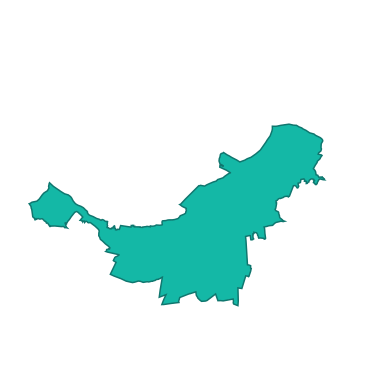 Bozieni, Neamt, Romania, rotated 133°
{"feature_id": "2599482B32381271441221", "entity_name": "Bozieni", "entity_type": "district", "adm_level": 2, "iso_a3": "ROU", "parent_name": "Romania", "parent_adm1": "Neamt", "projection": "robinson", "projection_center": [27.175, 46.823], "detail": "fine", "context": "isolated", "style": "filled", "palette": "teal", "viewbox_px": 384, "rotation_deg": 133, "n_neighbors": 0, "source": "geoboundaries", "source_scale": "gbopen_adm2", "svg_char_len": 6058}
<svg xmlns="http://www.w3.org/2000/svg" viewBox="0 0 384 384"><g transform="rotate(133 192 192)"><path d="M311.6,303.1L312.3,300.0L313.5,298.5L314.1,297.2L318.7,291.6L318.8,290.8L318.6,289.7L319.4,287.8L318.3,287.3L318.0,287.9L317.8,287.9L317.6,287.1L316.3,286.4L315.6,284.8L313.9,283.5L313.7,283.1L313.6,282.6L313.7,281.9L313.6,281.3L313.8,280.7L313.8,280.1L313.3,278.7L313.8,277.9L314.0,277.2L313.4,276.7L313.2,276.1L313.8,274.2L313.5,273.0L314.1,272.8L314.1,272.3L312.8,271.6L312.2,271.0L310.2,268.9L306.3,263.8L305.3,262.9L304.8,262.3L304.8,260.5L304.1,260.1L303.4,258.8L303.3,260.1L302.1,262.3L301.7,262.5L301.3,262.0L301.1,262.0L301.2,262.7L301.0,263.1L301.4,263.3L301.3,263.6L300.7,263.4L299.9,262.5L297.7,262.9L295.9,262.9L292.3,263.5L286.8,263.9L285.1,263.2L284.8,262.7L284.6,261.7L284.5,260.4L284.7,259.8L284.5,258.8L284.8,254.8L289.0,254.5L288.3,253.6L288.4,252.9L287.8,252.4L288.3,251.6L287.9,251.7L287.0,251.3L286.7,251.0L287.3,250.3L287.6,249.7L286.1,249.8L285.4,249.2L285.2,248.0L285.4,247.5L285.1,246.7L283.7,245.5L283.1,239.6L283.1,235.5L283.3,234.5L283.5,233.7L284.0,233.1L285.6,232.1L287.6,230.3L288.0,228.8L289.1,226.7L288.9,224.2L289.0,219.9L288.6,215.9L288.8,214.0L290.0,213.4L290.2,213.6L290.1,214.2L291.3,214.3L291.8,215.0L292.4,215.1L293.5,214.3L294.3,214.5L293.5,212.7L287.8,202.9L287.7,202.6L287.9,202.4L289.8,202.8L291.5,203.6L292.5,203.8L295.8,202.8L295.8,202.4L295.2,199.6L307.9,195.6L306.7,191.9L303.8,184.8L302.1,179.4L298.8,173.7L296.8,172.3L293.7,170.5L292.5,168.8L291.4,166.1L288.2,163.6L287.3,162.3L284.7,160.6L284.1,159.9L283.2,159.6L281.9,158.7L280.2,158.3L278.7,157.0L277.8,156.9L277.3,156.3L275.6,156.1L274.5,155.6L285.1,148.6L291.3,144.2L284.8,141.0L289.9,139.3L294.9,137.3L293.5,135.9L287.4,131.0L281.7,126.2L281.3,126.9L280.7,127.4L277.5,129.0L267.9,124.4L267.9,124.2L262.4,121.1L264.5,118.5L264.8,117.9L265.0,116.7L265.6,115.4L265.7,112.9L265.5,110.5L262.6,107.8L261.1,107.0L250.5,105.2L253.8,98.9L252.0,97.1L250.3,94.9L242.2,88.9L243.6,87.2L244.9,86.3L245.5,85.2L243.8,80.9L240.2,83.8L230.8,93.0L228.6,89.7L216.7,95.5L215.4,93.6L215.5,93.0L215.0,92.8L210.1,95.0L207.6,96.5L207.9,97.0L205.9,98.9L206.6,100.6L207.4,101.8L190.9,119.2L188.0,122.5L184.7,120.3L184.2,119.6L186.8,116.4L186.1,115.5L185.1,115.0L184.5,115.3L184.2,115.1L184.0,115.9L182.1,118.1L181.7,118.0L181.1,118.9L180.1,118.4L179.3,119.3L177.8,117.0L178.3,115.1L178.9,114.5L179.2,113.3L179.8,112.6L180.2,111.7L179.1,110.8L176.9,107.9L176.9,107.5L177.2,107.0L176.2,106.4L175.7,106.6L172.6,110.4L169.4,113.8L168.4,115.4L166.1,113.8L164.3,112.8L161.4,110.3L158.6,110.2L157.0,109.8L152.7,107.0L151.4,105.1L150.2,104.3L150.8,105.7L150.7,106.9L150.9,110.2L150.6,110.8L149.6,112.0L148.8,113.6L147.8,114.8L147.7,115.6L148.4,117.6L148.2,119.2L148.0,119.4L146.7,119.7L143.0,122.1L142.3,122.8L142.6,123.0L141.1,124.5L140.0,124.0L138.0,124.1L137.1,123.7L136.6,123.0L133.9,121.6L132.1,121.2L129.8,119.1L129.7,118.8L130.0,118.3L129.9,118.1L129.0,118.1L128.6,117.9L118.2,122.1L117.1,121.1L116.8,120.1L117.3,118.0L117.1,117.6L116.7,117.4L115.0,117.9L114.1,119.5L113.2,120.4L111.9,119.5L111.1,119.2L108.6,120.9L106.1,119.1L106.5,118.4L106.3,117.8L106.4,117.6L107.4,117.1L106.3,115.7L107.9,114.2L107.1,113.6L105.5,113.8L105.0,113.4L103.5,114.2L101.4,113.8L100.8,113.4L99.8,111.8L100.4,111.3L99.9,110.5L100.0,110.2L100.3,110.0L101.2,110.1L102.3,109.6L102.0,108.7L102.3,108.0L102.1,107.3L102.3,106.8L102.0,106.3L100.6,106.2L99.6,106.8L96.4,107.6L95.6,107.5L95.1,107.2L93.6,104.5L92.7,103.4L92.7,103.9L92.2,104.2L92.3,105.0L92.2,105.9L92.6,106.7L92.2,107.0L94.7,109.4L94.5,110.0L94.0,111.5L94.8,112.9L92.8,115.6L92.3,117.1L92.2,119.1L88.4,120.1L85.2,120.6L84.1,121.3L80.5,121.0L78.6,121.6L76.6,121.8L76.6,122.5L78.3,125.5L77.0,126.1L74.2,125.7L73.5,126.0L72.2,126.7L71.9,127.5L71.1,128.3L68.8,130.2L67.9,130.6L65.9,131.0L65.0,131.7L64.6,133.5L64.8,135.4L66.3,140.3L66.4,142.3L68.5,146.3L69.2,150.8L70.1,153.6L70.3,155.5L71.4,158.2L72.0,161.1L73.8,163.2L76.2,167.3L82.8,172.6L85.3,174.3L86.8,175.5L89.1,178.1L91.1,176.2L92.9,175.1L97.7,173.1L102.5,172.5L105.4,171.9L114.8,170.6L120.6,171.3L126.3,172.5L130.0,174.3L132.7,175.1L137.4,177.5L138.1,181.1L139.6,186.4L140.4,190.3L140.7,190.7L141.6,195.9L142.6,196.0L143.8,196.8L144.7,196.9L145.2,196.8L147.4,195.4L148.8,194.9L150.6,193.6L151.2,192.9L152.4,190.5L151.9,189.1L151.5,187.0L151.7,186.8L152.1,186.9L152.5,188.5L153.5,189.7L154.9,188.6L152.6,181.7L151.7,177.1L151.8,177.0L153.6,177.8L158.4,178.8L160.5,179.0L165.4,181.7L167.4,181.7L170.4,183.4L174.3,185.1L176.7,186.1L179.1,186.8L181.3,190.3L182.2,190.7L182.7,191.3L201.7,192.0L208.8,192.0L209.5,192.4L209.2,189.3L207.9,185.0L208.9,184.4L209.6,183.3L210.8,183.0L211.6,182.4L212.2,182.3L213.7,182.7L217.4,184.4L218.6,184.1L220.9,184.1L223.8,185.8L225.7,187.3L228.7,190.4L230.8,191.7L233.1,193.8L233.4,193.9L234.0,193.7L234.8,193.1L236.1,191.5L236.6,191.5L238.2,192.8L240.5,195.6L242.1,196.1L243.2,196.9L244.3,197.9L245.2,199.3L245.9,198.8L247.9,201.6L248.3,201.7L251.3,204.2L251.6,204.0L253.2,205.9L252.9,206.1L256.7,210.3L256.2,210.6L257.1,211.5L256.3,212.0L256.8,212.6L257.0,212.4L257.9,213.6L259.3,212.7L265.2,221.3L268.9,219.6L270.3,221.3L270.9,221.1L271.2,221.3L271.8,222.2L270.9,223.3L271.1,223.6L270.6,224.5L271.0,224.5L270.2,225.3L269.9,225.1L269.7,225.3L269.7,225.7L271.0,225.9L271.5,225.4L272.1,225.4L272.9,226.1L273.4,225.7L274.3,226.2L274.5,227.0L275.0,227.2L275.2,228.0L275.2,228.8L275.9,229.7L275.8,230.1L274.3,230.7L273.7,231.8L272.5,232.6L272.2,233.1L271.3,233.4L271.2,233.7L271.5,234.2L272.5,235.2L272.7,237.1L273.1,238.5L273.6,239.0L274.6,239.1L274.8,239.4L275.2,241.3L276.4,243.7L277.4,247.5L278.9,251.2L278.9,253.2L278.7,253.5L278.5,254.4L277.9,254.7L277.5,256.3L277.8,257.7L277.6,258.9L277.6,260.8L278.2,263.4L279.5,266.5L280.0,268.9L280.0,269.9L279.6,272.8L278.5,275.9L278.2,277.7L278.5,280.5L280.2,283.9L281.0,287.8L282.4,297.2L282.4,302.5L283.7,302.0L284.1,301.6L285.6,300.8L286.7,299.3L289.7,298.6L293.6,299.6L295.9,299.6L301.4,298.9L304.5,299.2L308.6,302.1L310.7,302.6L311.6,303.1Z" fill="#14b8a6" stroke="#0f766e" stroke-width="1.5"/></g></svg>